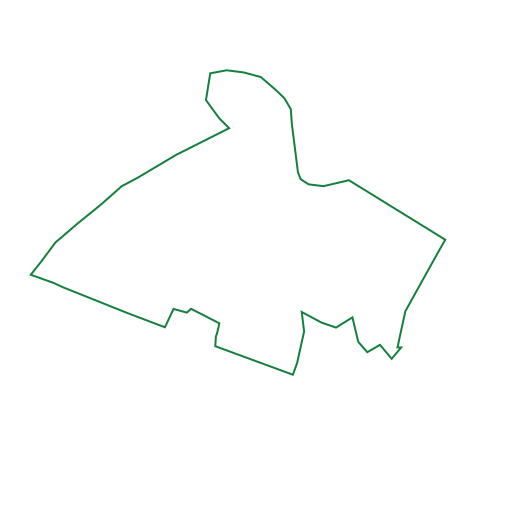 the district of Mirzaabad, Sirdaryo, Uzbekistan, rotated 126°
{"feature_id": "79887680B49500838680737", "entity_name": "Mirzaabad", "entity_type": "district", "adm_level": 2, "iso_a3": "UZB", "parent_name": "Uzbekistan", "parent_adm1": "Sirdaryo", "projection": "orthographic", "projection_center": [68.617, 40.481], "detail": "fine", "context": "isolated", "style": "outline", "palette": "green", "viewbox_px": 512, "rotation_deg": 126, "n_neighbors": 0, "source": "geoboundaries", "source_scale": "gbopen_adm2", "svg_char_len": 822}
<svg xmlns="http://www.w3.org/2000/svg" viewBox="0 0 512 512"><g transform="rotate(126 256 256)"><path d="M135.1,400.4L159.3,388.1L166.2,366.7L168.4,352.9L221.4,380.2L261.9,397.6L278.6,405.7L305.2,411.6L334.5,419.4L362.9,426.2L387.2,426.5L403.6,427.2L396.7,403.6L394.8,393.9L378.0,327.5L367.2,287.8L347.3,291.6L342.4,278.6L336.9,277.5L332.0,246.1L335.7,244.4L341.8,242.0L344.8,241.1L352.9,235.9L330.4,156.4L318.5,159.8L288.8,172.7L274.4,186.1L271.4,164.0L266.9,149.2L249.0,141.9L263.3,125.2L265.4,122.7L268.4,109.4L255.0,103.5L259.4,85.8L244.7,84.8L246.8,87.8L221.6,98.9L212.9,102.7L159.0,109.3L131.6,112.5L140.1,225.4L159.8,242.4L167.1,255.6L167.6,265.0L163.7,271.2L127.9,304.8L116.7,314.2L111.7,325.7L110.1,337.1L108.4,357.3L114.8,374.0L123.0,388.9L135.1,400.4Z" fill="none" stroke="#15803d" stroke-width="2"/></g></svg>